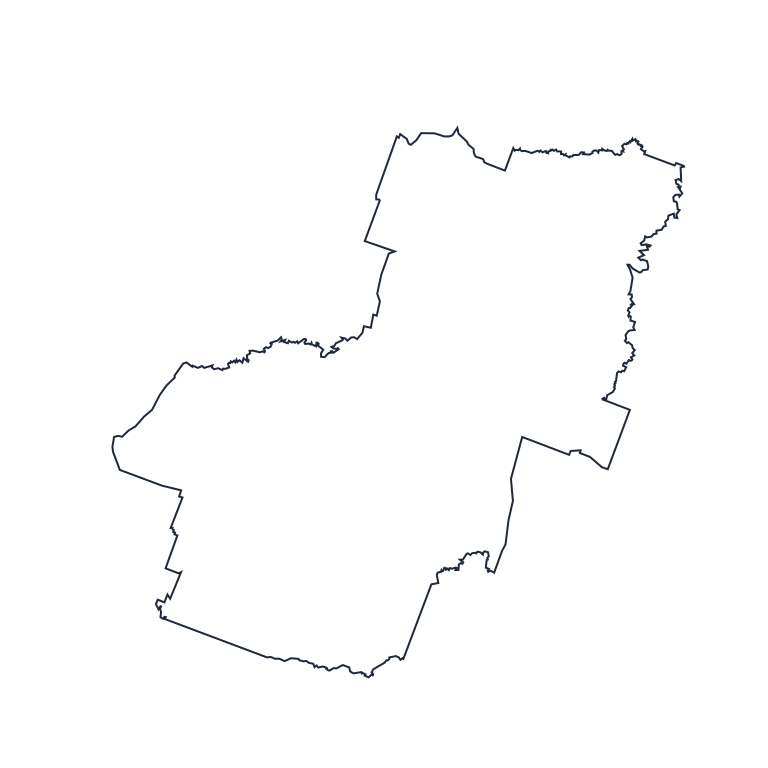 outline of Golden Plains, Victoria, Australia, rotated 282°
{"feature_id": "25037944B31372279830401", "entity_name": "Golden Plains", "entity_type": "district", "adm_level": 2, "iso_a3": "AUS", "parent_name": "Australia", "parent_adm1": "Victoria", "projection": "natural_earth1", "projection_center": [143.959, -37.852], "detail": "fine", "context": "isolated", "style": "outline", "palette": "slate", "viewbox_px": 768, "rotation_deg": 282, "n_neighbors": 0, "source": "geoboundaries", "source_scale": "gbopen_adm2", "svg_char_len": 6130}
<svg xmlns="http://www.w3.org/2000/svg" viewBox="0 0 768 768"><g transform="rotate(282 384 384)"><path d="M245.0,143.5L238.4,188.0L237.8,207.7L231.3,207.0L231.1,210.5L198.9,205.3L199.4,207.1L197.5,207.6L197.3,208.9L195.4,208.7L195.2,210.5L193.4,210.3L192.9,213.4L158.3,208.7L156.1,222.5L157.8,224.6L129.5,219.5L133.0,216.0L124.7,214.6L126.0,207.5L121.3,206.7L116.7,210.3L120.2,211.5L120.0,212.2L117.5,211.7L114.6,213.3L109.3,213.9L108.5,216.8L110.6,217.6L110.6,218.9L108.6,218.1L92.3,326.1L93.4,330.2L92.6,334.3L93.5,338.7L92.3,344.5L96.5,350.2L97.3,357.5L96.2,358.8L96.0,363.0L97.0,365.7L95.7,368.3L95.6,373.0L92.6,375.0L94.6,376.5L93.0,378.7L95.0,383.0L94.6,386.4L93.6,386.6L94.0,387.4L92.5,388.4L92.3,390.2L95.7,393.9L95.8,396.4L100.5,402.1L99.6,408.9L95.8,410.6L94.6,414.2L97.5,421.8L96.3,422.4L96.9,423.3L96.1,426.3L94.7,425.8L93.9,429.9L97.0,432.1L96.7,433.6L97.9,433.8L99.4,431.8L102.8,432.9L111.5,442.5L114.2,443.8L114.5,445.3L116.4,446.5L117.6,446.0L120.3,452.0L119.7,455.2L117.7,457.4L119.8,459.2L119.2,460.1L197.9,472.0L200.6,478.5L208.1,475.4L210.5,475.6L212.2,478.8L213.5,478.9L212.6,479.5L213.4,480.5L216.5,481.2L215.5,482.7L216.6,482.9L215.7,484.0L216.7,484.8L215.5,486.2L217.7,486.9L217.5,489.0L219.3,492.2L219.2,493.2L216.9,492.6L217.5,495.4L223.1,494.8L224.7,496.3L224.5,498.1L225.9,498.6L228.0,494.8L228.7,497.8L234.9,500.0L235.8,501.2L234.7,504.1L236.8,505.4L237.9,508.4L237.5,509.3L239.4,510.4L239.4,513.2L237.7,516.1L239.7,516.0L241.3,517.4L241.0,520.8L237.3,522.3L235.5,521.3L233.9,522.1L233.1,521.0L225.5,521.8L225.0,525.0L223.2,524.2L221.9,525.0L223.6,526.9L222.4,531.0L245.5,534.2L252.4,536.2L276.9,534.1L296.4,534.4L317.6,527.9L360.9,530.2L353.2,579.8L357.3,580.5L360.0,590.1L357.2,589.9L355.5,600.6L347.9,614.5L347.2,620.6L409.8,629.9L414.3,601.1L415.0,600.7L416.2,602.1L415.3,602.6L415.6,604.6L419.5,604.6L423.6,609.4L427.8,610.8L428.8,609.6L430.3,610.3L431.7,609.3L432.8,610.3L434.1,609.4L434.9,610.3L443.3,609.7L445.1,611.0L444.8,613.4L446.5,614.3L446.4,616.2L450.8,617.4L451.7,613.9L453.8,614.1L454.8,614.9L454.2,616.9L458.4,618.6L457.8,620.0L458.5,621.3L459.6,621.9L461.4,620.0L464.0,622.9L465.9,620.4L469.3,622.2L471.0,619.7L473.5,618.5L475.7,614.4L474.5,613.2L476.4,610.6L478.3,611.6L482.0,610.1L485.7,611.6L487.4,613.1L488.9,617.9L491.4,616.0L496.9,616.7L497.3,611.9L501.4,611.3L501.7,609.5L500.9,609.2L501.8,608.6L505.0,609.3L506.7,607.2L509.2,607.6L509.5,608.9L512.3,610.3L512.7,609.0L513.9,609.8L513.3,610.3L514.0,612.0L518.3,607.4L520.4,608.5L523.1,607.7L522.5,604.7L526.0,605.7L539.6,605.1L547.3,600.8L551.3,597.3L551.7,599.3L548.5,603.6L546.2,610.7L546.9,612.3L549.2,613.5L550.8,618.1L553.9,618.1L558.9,615.7L559.5,610.9L558.5,609.6L560.5,606.5L564.1,611.5L567.3,606.3L570.2,614.3L573.3,612.5L573.6,615.3L574.9,615.9L575.2,611.7L573.4,607.2L575.0,605.8L578.3,608.7L582.7,608.8L582.0,610.5L583.9,615.1L586.7,616.5L587.7,619.3L590.6,618.6L592.6,623.5L596.3,624.8L597.1,626.8L601.3,625.3L604.1,627.5L607.8,627.2L610.9,632.0L607.2,633.4L607.3,636.3L610.8,634.7L615.6,637.0L616.0,634.9L621.2,633.2L623.0,632.1L623.0,629.5L626.9,628.1L629.7,629.9L630.5,633.2L628.7,634.0L632.5,636.1L637.2,631.3L637.0,632.8L638.8,633.1L638.6,631.4L640.2,630.7L640.6,628.3L644.1,626.8L645.7,629.6L644.3,632.5L657.4,629.1L659.0,632.3L659.6,631.9L660.9,623.9L658.2,622.9L663.0,590.7L666.1,591.1L665.6,589.8L667.1,586.5L669.7,587.6L670.9,586.9L671.2,585.9L670.3,585.6L671.6,584.0L671.0,583.0L672.1,581.8L674.1,582.4L674.6,580.5L673.9,580.0L675.7,578.9L673.8,576.6L675.3,576.0L671.7,574.7L672.5,573.9L669.8,572.6L670.3,571.7L668.9,571.1L668.9,569.2L666.3,567.4L663.4,569.9L661.9,568.6L661.1,569.5L660.9,567.9L658.3,568.5L656.7,566.7L657.3,564.1L656.2,562.4L659.4,558.4L658.9,554.8L659.6,554.1L658.3,553.4L658.2,551.8L659.3,548.5L657.9,548.9L657.6,545.8L654.9,545.5L656.5,543.4L656.3,541.3L654.6,539.6L653.3,540.0L651.1,537.2L650.2,530.9L652.0,531.5L651.7,528.7L648.6,526.8L647.2,521.4L645.8,521.0L645.4,518.7L644.2,518.3L645.4,513.9L646.4,513.8L645.1,512.5L646.2,511.2L645.7,509.3L648.3,508.9L647.5,505.0L649.1,503.5L647.4,501.7L648.8,499.6L647.9,500.1L647.8,498.6L647.2,499.0L645.5,496.3L643.8,496.6L643.8,494.8L645.5,493.9L643.6,490.8L644.9,488.4L643.4,487.6L644.1,485.7L640.6,480.5L641.4,473.8L640.5,470.5L641.2,468.3L642.4,468.0L640.6,466.8L640.5,464.4L639.4,463.3L641.6,461.4L617.9,457.9L620.9,439.0L621.8,436.0L624.6,434.2L625.5,426.3L628.4,424.0L632.6,422.7L635.6,416.9L638.4,414.6L644.3,404.9L649.7,402.5L641.4,399.2L639.8,396.4L638.7,391.5L639.7,381.3L637.1,368.2L629.1,364.9L623.6,360.6L624.1,358.2L628.4,355.4L631.8,347.9L627.9,347.3L628.9,345.1L567.6,337.0L563.0,338.0L563.4,340.9L562.6,341.7L519.8,335.5L515.9,366.9L512.6,361.6L490.3,358.6L470.9,358.6L464.0,362.8L449.3,362.7L449.7,359.1L436.3,359.4L436.3,352.3L429.8,352.3L422.4,348.4L423.5,344.9L422.7,342.2L418.7,339.3L420.5,336.7L420.5,332.7L418.9,334.6L418.1,334.2L413.9,328.5L410.8,327.4L409.4,324.9L408.3,326.9L408.5,330.3L409.4,331.3L408.7,332.4L404.1,328.2L405.4,326.4L404.8,325.2L403.7,326.0L402.7,323.3L397.9,320.3L397.6,316.8L400.8,316.0L405.0,317.4L407.8,311.5L409.8,311.7L410.6,310.2L410.4,309.4L406.7,309.8L407.8,305.2L409.1,304.5L407.4,304.1L407.9,302.3L406.8,298.5L408.1,297.5L410.5,298.8L411.6,298.1L411.5,296.4L406.0,291.5L407.7,290.3L405.8,288.3L406.5,286.9L405.4,285.2L406.5,281.9L403.9,281.5L404.3,277.3L406.5,278.1L404.3,274.1L406.0,274.9L408.3,273.6L404.4,271.0L400.8,264.5L400.1,264.4L399.7,265.9L396.9,265.3L395.0,263.1L395.5,260.9L393.4,259.2L391.2,260.8L390.1,260.4L390.7,258.4L389.2,256.0L389.4,249.2L388.5,245.6L386.1,246.7L383.6,243.9L380.3,244.9L379.1,246.7L377.5,246.4L380.0,241.3L375.3,241.0L377.2,237.7L375.0,236.0L377.1,234.6L374.3,234.0L375.6,232.5L373.6,231.1L374.3,229.5L372.5,229.3L372.5,228.0L371.3,227.2L368.0,229.1L365.9,225.9L365.6,223.5L364.0,223.1L364.9,218.5L363.2,214.8L364.4,212.1L366.6,212.4L362.4,204.9L363.7,202.2L361.1,198.7L362.1,193.1L361.0,192.9L364.0,186.3L362.3,183.3L348.7,177.4L346.8,178.0L337.4,171.6L326.8,167.0L310.5,162.5L302.4,156.2L290.7,149.6L285.7,144.0L278.0,138.8L277.9,134.5L276.1,131.0L266.2,131.4L261.4,133.0L245.0,143.5Z" fill="none" stroke="#1e293b" stroke-width="2"/></g></svg>